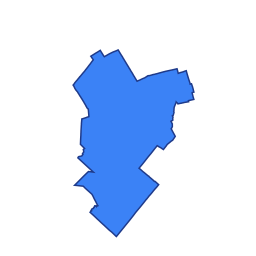 the district of Voiteg, Timis, Romania, rotated 143°
{"feature_id": "2599482B83976998300104", "entity_name": "Voiteg", "entity_type": "district", "adm_level": 2, "iso_a3": "ROU", "parent_name": "Romania", "parent_adm1": "Timis", "projection": "orthographic", "projection_center": [21.271, 45.473], "detail": "fine", "context": "isolated", "style": "filled", "palette": "blue", "viewbox_px": 256, "rotation_deg": 143, "n_neighbors": 0, "source": "geoboundaries", "source_scale": "gbopen_adm2", "svg_char_len": 5395}
<svg xmlns="http://www.w3.org/2000/svg" viewBox="0 0 256 256"><g transform="rotate(143 128 128)"><path d="M143.0,196.2L144.3,195.7L146.0,195.3L146.1,194.6L146.1,194.4L146.0,194.2L146.0,193.9L146.1,193.7L146.2,193.4L146.4,192.5L146.6,191.5L146.7,190.3L146.8,190.1L146.7,189.3L146.7,188.7L146.7,188.3L146.6,187.4L146.7,186.5L146.7,186.3L146.8,185.9L146.9,184.1L147.0,183.3L147.1,183.1L147.1,182.8L147.1,181.6L147.3,180.0L147.3,179.8L147.4,178.9L147.3,178.6L147.5,177.5L147.6,176.3L147.7,175.1L147.8,174.7L147.9,174.2L147.9,173.8L147.9,173.6L148.0,173.1L148.1,172.1L148.2,171.3L148.3,170.8L148.4,170.6L148.3,170.3L148.5,169.6L148.6,169.1L148.6,167.9L148.3,167.1L149.4,165.3L150.3,163.9L151.1,162.6L152.0,161.2L152.4,160.6L153.5,161.0L154.3,161.3L155.2,161.5L159.5,163.0L159.6,162.8L159.7,162.7L160.5,161.8L162.5,159.6L163.1,158.8L163.4,158.5L167.4,153.8L168.1,152.9L168.6,152.3L169.3,151.5L169.7,150.9L171.0,149.4L172.6,147.5L173.5,146.4L173.9,145.9L175.3,144.2L175.7,143.7L175.8,143.6L175.7,142.9L175.7,142.7L175.5,141.4L175.0,137.8L176.7,137.7L177.3,136.2L177.7,135.8L177.8,135.5L179.8,134.9L180.1,134.4L180.0,134.0L181.1,133.7L181.4,133.5L181.9,133.6L182.5,133.8L183.1,134.1L183.7,134.4L184.3,134.7L184.9,134.8L185.2,134.7L185.7,134.5L186.0,134.3L182.5,115.2L182.2,113.6L185.4,116.7L185.6,116.9L185.7,117.0L186.0,117.0L188.7,116.7L192.6,116.2L197.4,115.5L202.2,114.8L205.1,114.4L203.9,113.3L198.8,108.5L198.6,107.6L198.6,106.9L198.3,105.2L198.0,103.6L197.4,100.6L197.0,98.5L196.7,96.9L196.7,96.6L197.0,94.6L197.6,91.7L198.2,88.0L198.4,86.9L198.7,85.3L198.8,84.3L198.8,84.0L199.1,84.0L199.3,84.2L199.5,84.3L199.6,84.5L200.0,84.5L200.2,84.4L200.1,84.7L200.1,84.8L200.3,84.8L200.5,84.8L201.0,85.1L200.9,85.5L201.0,85.8L201.3,85.9L201.7,85.7L202.0,85.6L202.1,85.4L202.4,85.3L202.6,85.2L202.8,84.9L203.1,84.9L203.3,85.1L203.5,85.1L204.1,84.6L204.4,84.7L205.2,85.0L205.3,85.0L205.6,85.0L206.0,85.0L206.2,84.9L206.3,84.8L206.4,84.5L206.5,84.2L206.8,83.9L207.0,83.7L207.2,83.9L207.4,84.1L207.5,84.2L208.9,83.5L208.9,83.4L209.0,83.4L208.2,79.3L207.6,75.8L207.3,73.8L206.9,71.8L206.4,68.7L205.7,65.0L205.6,64.6L205.5,64.3L205.5,64.2L205.5,63.9L205.4,63.2L204.4,57.5L204.2,56.8L203.8,55.2L203.7,55.0L203.6,54.3L203.3,52.5L202.7,48.7L202.6,48.3L182.8,53.2L176.3,54.9L172.9,55.9L165.6,57.6L160.4,58.9L157.0,59.8L156.6,60.0L156.3,59.9L151.4,61.2L150.9,61.2L147.8,61.9L144.8,62.7L144.0,62.8L143.6,63.0L143.3,63.0L140.7,63.5L137.6,64.3L138.5,69.0L139.0,69.3L139.2,70.2L139.1,70.3L140.1,74.8L140.4,76.0L140.4,77.1L140.7,77.5L141.9,82.7L142.1,83.4L142.2,83.6L143.0,87.7L143.2,88.4L143.4,89.2L141.5,89.7L139.3,90.2L138.5,90.4L134.9,91.3L133.1,91.8L129.7,92.7L127.2,93.3L125.9,93.6L125.4,93.7L121.6,94.7L119.4,95.3L115.3,96.3L114.8,95.0L114.8,94.8L114.5,94.2L114.1,93.4L113.6,92.2L113.2,90.9L112.7,89.5L109.7,90.3L108.2,90.7L107.6,90.9L107.1,91.1L106.4,91.3L105.6,91.3L102.8,91.4L100.9,91.5L100.3,91.4L99.9,91.3L95.8,92.7L95.3,92.9L94.9,95.4L94.8,96.2L94.1,100.6L94.0,101.3L93.7,101.3L93.5,101.6L93.2,101.7L92.9,101.9L92.4,102.1L92.0,102.2L91.7,102.5L91.2,103.1L91.1,103.3L91.0,103.5L90.8,103.8L90.6,104.0L90.1,104.6L90.1,105.0L90.1,105.4L89.8,106.2L89.7,106.5L89.8,107.3L89.6,107.5L89.4,107.6L89.1,107.6L88.6,107.5L88.1,107.3L87.7,107.2L87.5,107.3L87.3,107.5L86.8,108.4L86.6,108.6L86.4,108.9L86.1,109.1L85.9,109.3L85.5,109.6L85.5,109.8L85.5,110.0L85.4,110.2L85.4,110.3L85.3,111.0L85.2,111.1L84.7,110.9L84.3,110.9L83.9,111.2L83.8,111.3L83.5,111.5L82.9,112.0L82.0,112.6L81.9,112.8L81.6,113.3L81.5,113.6L81.5,113.8L81.0,114.1L80.7,114.4L80.5,114.7L79.2,116.2L78.7,116.7L78.4,116.9L77.3,117.6L76.1,118.3L75.7,118.6L74.6,119.2L74.0,119.6L73.9,119.7L73.9,119.4L73.8,119.2L73.6,118.4L73.5,118.0L73.5,117.6L73.6,117.2L71.8,116.4L70.8,115.9L69.8,115.4L69.4,115.3L68.5,114.8L68.3,114.8L66.9,114.1L63.8,112.5L63.5,113.1L63.3,113.5L61.1,112.5L58.2,111.2L57.1,114.1L56.3,115.9L56.0,116.8L55.4,117.7L53.8,117.0L53.1,118.7L53.0,119.0L52.7,119.5L52.2,120.8L51.6,122.3L51.4,123.0L50.7,125.1L51.9,125.6L51.7,125.9L50.0,130.9L49.0,133.6L47.8,136.8L47.0,138.7L48.4,139.2L50.2,139.7L50.5,139.8L52.0,140.4L52.7,140.7L55.0,141.4L53.7,144.5L53.2,145.8L56.2,147.1L57.0,147.5L57.6,147.7L58.6,148.2L60.1,148.9L61.4,149.5L64.0,150.7L66.9,151.9L68.2,152.4L70.2,153.2L71.3,153.6L72.8,154.2L73.4,154.5L74.5,154.9L75.8,155.6L77.3,156.1L79.3,156.9L79.9,157.3L80.0,157.4L80.5,157.6L80.9,157.8L81.3,157.9L81.6,157.7L82.8,157.9L83.8,158.0L84.5,158.0L85.8,158.4L87.1,158.7L89.7,159.2L91.6,159.7L92.3,159.8L92.6,159.9L92.2,163.8L92.2,164.2L92.0,165.2L92.0,166.1L91.7,168.2L91.5,169.9L91.4,171.8L91.1,173.7L91.0,175.6L90.9,176.0L90.7,178.1L90.5,180.2L90.3,182.0L90.0,185.1L89.9,185.7L89.9,186.2L89.8,187.1L89.6,188.3L89.5,190.2L89.2,193.3L89.0,195.1L88.9,196.3L89.4,196.4L90.0,196.5L91.9,197.0L94.3,197.7L95.4,197.9L95.8,198.0L97.5,198.3L99.2,198.6L100.3,198.7L101.8,198.9L103.2,199.1L104.0,199.2L104.0,200.5L103.9,201.5L103.6,205.1L103.5,206.0L103.4,206.7L104.6,206.8L106.0,206.9L107.9,207.1L108.5,207.2L109.8,207.3L112.2,207.5L114.5,207.7L114.5,207.0L114.6,206.1L114.6,204.9L114.7,203.4L115.6,203.1L116.8,202.8L119.7,201.9L120.4,201.7L121.3,201.5L123.3,200.9L124.5,200.6L125.4,200.3L125.6,200.3L126.9,200.0L127.4,199.8L128.1,199.6L128.9,199.4L130.9,199.0L132.1,198.7L135.0,198.0L136.2,197.7L136.2,197.8L136.5,197.7L138.6,197.2L139.7,196.9L140.1,196.8L140.8,196.7L142.0,196.4L143.0,196.2Z" fill="#3b82f6" stroke="#1e3a8a" stroke-width="1.5"/></g></svg>